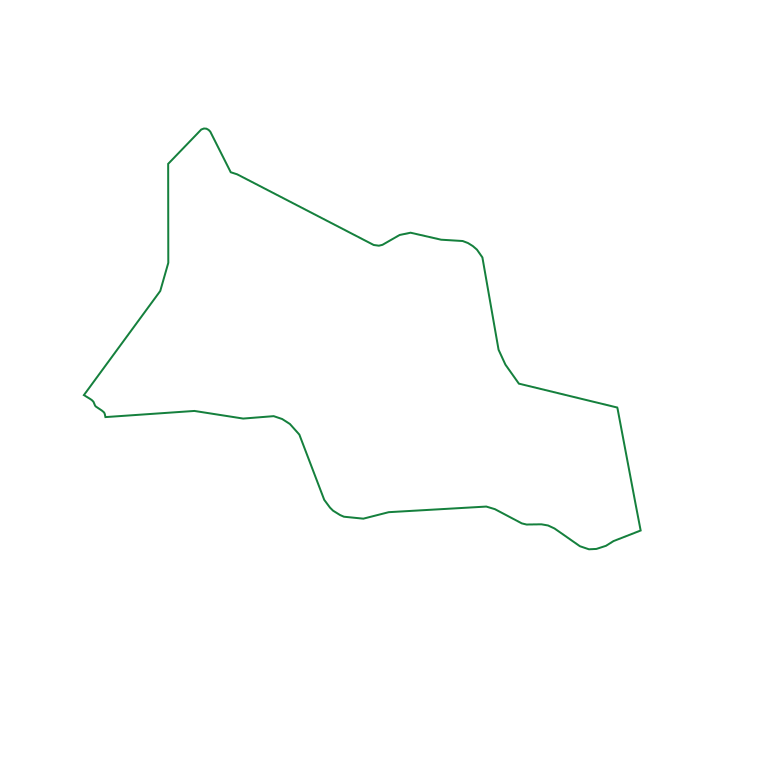 outline of Lambeth, rotated 119°
{"feature_id": "GBR-2768", "entity_name": "Lambeth", "entity_type": "London Borough", "adm_level": 1, "iso_a3": "GBR", "parent_name": "United Kingdom", "parent_adm1": "", "projection": "equal_earth", "projection_center": [-0.106, 51.457], "detail": "fine", "context": "isolated", "style": "outline", "palette": "green", "viewbox_px": 768, "rotation_deg": 119, "n_neighbors": 0, "source": "natural_earth", "source_scale": "10m", "svg_char_len": 969}
<svg xmlns="http://www.w3.org/2000/svg" viewBox="0 0 768 768"><g transform="rotate(119 384 384)"><path d="M296.1,679.5L250.0,667.2L247.8,665.3L246.8,663.1L246.8,660.6L247.5,658.3L273.1,620.7L271.8,614.1L267.4,460.4L265.5,455.5L263.0,452.8L246.1,442.6L238.8,434.1L230.1,404.0L220.8,384.5L220.0,378.9L220.3,373.2L221.4,367.9L225.6,359.3L298.5,300.4L308.2,287.2L318.3,266.2L291.5,168.6L292.3,167.8L367.0,105.8L387.7,88.5L410.1,107.1L417.9,111.4L425.3,118.3L429.2,124.6L430.9,134.0L427.7,164.8L428.2,171.9L430.4,178.3L437.8,191.2L439.1,195.9L439.7,226.3L441.6,235.1L493.8,317.7L511.8,336.8L519.5,354.7L519.9,358.8L519.5,367.1L518.3,371.3L514.3,380.1L469.3,433.5L464.6,446.9L464.0,456.1L465.6,464.9L482.5,490.4L499.5,536.8L548.0,611.6L545.8,613.5L545.0,614.4L544.5,615.4L544.0,618.0L543.6,622.9L543.4,625.1L543.0,626.2L540.4,629.5L540.0,630.8L539.7,631.9L539.5,634.2L539.2,641.1L411.1,624.8L382.6,631.4L296.1,679.5Z" fill="none" stroke="#15803d" stroke-width="2"/></g></svg>